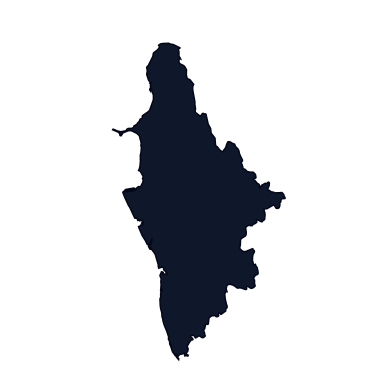 an SVG outline of Tamil Nadu, rotated 156°
{"feature_id": "IND-3263", "entity_name": "Tamil Nadu", "entity_type": "State", "adm_level": 1, "iso_a3": "IND", "parent_name": "India", "parent_adm1": "", "projection": "equal_earth", "projection_center": [78.435, 10.806], "detail": "fine", "context": "isolated", "style": "filled", "palette": "ink", "viewbox_px": 384, "rotation_deg": 156, "n_neighbors": 0, "source": "natural_earth", "source_scale": "10m", "svg_char_len": 6034}
<svg xmlns="http://www.w3.org/2000/svg" viewBox="0 0 384 384"><g transform="rotate(156 192 192)"><path d="M254.9,191.4L255.1,203.2L255.5,205.4L255.6,214.8L255.4,219.4L255.2,220.0L252.9,220.7L252.2,220.4L252.3,219.3L251.3,218.6L246.3,217.5L245.9,217.8L245.6,218.6L247.5,218.7L249.2,219.7L251.4,220.0L252.0,220.5L252.0,221.2L251.5,221.3L243.3,219.2L243.1,218.4L245.2,217.5L245.3,217.1L244.5,216.7L243.7,217.1L242.1,217.0L242.3,217.8L239.3,218.6L238.4,218.6L236.9,217.7L233.1,220.8L231.8,222.6L231.7,224.6L230.8,225.1L230.3,226.3L230.7,230.8L231.1,232.4L232.1,233.4L230.5,234.8L228.9,237.0L226.5,241.3L225.7,243.5L224.9,244.8L224.6,246.1L222.4,249.1L220.0,253.5L219.9,255.1L218.7,257.0L218.1,259.2L217.8,261.8L217.3,264.0L217.4,265.1L218.1,267.1L219.2,268.8L222.4,272.6L223.9,273.4L225.5,273.9L231.0,274.1L233.8,272.2L234.6,272.6L234.8,273.1L234.3,274.6L235.1,276.7L239.2,281.1L238.6,281.5L238.0,281.1L235.4,278.2L232.7,276.1L227.5,274.8L226.1,275.8L224.4,276.0L221.9,274.9L220.4,274.6L219.1,274.8L218.0,276.0L216.6,276.0L214.5,276.5L213.4,277.3L211.8,277.8L209.8,279.6L207.8,279.7L207.1,280.1L206.6,281.5L206.1,281.9L200.1,283.0L198.6,283.4L197.1,284.3L190.1,291.6L189.2,293.1L187.8,296.5L187.5,301.0L187.0,303.2L187.5,302.6L188.5,302.3L188.9,301.3L189.1,302.5L188.7,303.2L187.3,304.3L186.7,306.2L186.1,307.2L185.9,307.7L186.2,308.4L185.0,308.4L185.9,310.1L186.2,311.9L185.6,317.6L185.0,318.8L183.6,320.7L182.7,324.4L180.4,325.4L172.6,331.8L171.0,334.3L170.4,334.8L166.0,335.8L164.0,336.7L162.6,338.0L162.8,339.7L160.6,340.1L158.1,339.5L152.7,337.3L151.5,335.9L149.0,334.2L144.4,328.7L144.8,328.2L145.8,328.3L146.5,327.8L146.9,325.3L148.7,321.4L148.3,319.4L148.3,318.1L149.0,318.8L149.8,318.3L150.6,317.2L151.2,315.6L150.8,314.0L148.2,310.9L147.6,309.4L147.3,305.9L149.5,301.5L150.2,297.9L149.8,297.1L148.2,295.5L146.7,289.7L148.5,287.9L149.3,286.3L150.3,283.1L152.6,273.4L153.7,271.0L155.0,266.4L156.3,264.7L156.4,263.3L156.1,262.6L153.8,258.2L152.5,258.3L150.7,259.4L149.9,259.4L149.1,258.4L147.8,257.8L147.6,257.3L149.6,247.4L149.2,242.3L150.6,238.0L149.1,231.8L151.2,225.9L151.4,224.4L150.4,222.8L149.8,219.9L148.6,217.2L147.8,216.3L143.1,218.9L140.9,221.5L138.9,223.2L138.4,223.2L136.9,222.4L135.3,220.1L133.7,218.5L133.6,215.1L132.7,213.4L132.4,211.6L132.5,209.9L133.0,208.3L133.1,205.4L132.9,201.0L133.2,199.9L134.6,199.3L135.1,198.5L135.2,195.7L135.7,193.0L135.4,192.1L134.3,191.1L133.2,188.2L130.8,186.5L128.2,185.3L127.2,183.4L127.0,181.7L127.6,179.3L128.4,178.8L129.9,179.5L130.6,179.1L130.8,178.6L129.9,177.2L128.9,173.6L127.6,171.6L128.1,169.5L128.2,168.2L125.7,169.8L121.7,170.2L119.9,169.4L118.7,169.9L118.0,169.9L117.7,169.5L117.8,168.4L119.0,166.4L121.4,164.1L121.8,162.7L120.7,162.0L119.5,159.8L118.0,159.0L116.4,157.4L112.0,155.6L110.3,155.1L109.7,154.2L109.2,152.4L109.5,150.7L109.3,149.3L109.6,148.3L110.7,148.5L112.0,149.2L113.6,149.0L115.0,146.8L116.7,145.9L116.7,144.9L117.7,143.3L118.7,142.3L119.4,142.1L120.2,142.1L121.4,142.6L121.9,143.3L122.1,146.1L122.8,146.7L124.3,146.9L130.2,146.2L133.0,147.2L133.5,146.3L134.0,142.9L134.9,140.7L136.9,137.3L139.0,136.9L140.1,136.3L140.7,136.5L143.6,140.0L144.1,140.4L144.6,140.3L145.1,138.1L145.5,137.9L147.2,137.5L149.1,137.6L150.7,136.8L152.2,137.4L153.9,138.6L156.7,138.2L157.7,137.1L158.8,133.2L160.0,130.9L161.1,130.1L166.1,129.4L167.2,128.4L169.5,123.7L170.8,122.1L171.1,121.4L171.2,120.4L169.9,117.4L168.4,116.2L167.1,115.8L159.7,115.6L159.5,115.3L159.6,114.3L159.4,113.8L159.0,113.4L159.0,112.7L159.6,111.6L161.6,110.2L162.8,108.5L164.6,104.9L165.2,100.9L164.8,100.1L163.5,100.1L163.7,98.3L163.2,96.6L163.9,93.1L164.8,90.5L166.1,90.0L168.0,90.2L171.1,88.0L170.7,86.1L172.1,83.0L172.5,80.5L174.3,79.7L176.7,79.7L177.6,80.3L179.1,82.7L180.0,83.3L180.8,83.0L181.7,81.0L182.8,81.1L185.9,84.1L187.1,84.9L189.7,85.8L191.5,89.1L192.5,90.3L194.7,92.2L196.1,92.6L197.6,92.6L198.5,92.0L200.2,89.6L200.6,86.6L201.6,87.1L202.0,87.0L203.7,85.2L205.1,80.9L206.0,76.4L206.4,73.2L207.1,72.0L208.8,71.4L209.6,69.6L215.0,68.4L215.5,68.7L216.0,70.5L216.7,70.7L217.6,69.8L217.9,68.1L219.1,67.7L220.6,68.2L221.2,69.8L222.5,70.1L223.8,70.8L227.2,70.3L227.9,69.7L230.8,64.8L231.8,64.8L232.5,65.6L233.3,65.6L235.9,62.1L237.6,60.9L237.8,60.2L237.8,58.3L238.2,57.2L238.4,55.4L238.7,54.9L239.4,54.6L241.0,54.4L242.1,54.9L244.0,57.8L248.0,57.2L248.3,57.5L248.4,59.3L248.7,60.0L249.6,60.7L251.8,60.8L252.2,60.7L252.4,59.7L251.0,58.2L251.1,56.9L251.4,56.7L252.7,57.0L253.5,56.8L255.7,55.6L259.1,53.0L259.4,52.3L259.2,50.8L259.6,49.7L260.8,48.1L262.5,47.3L263.0,46.6L262.9,45.9L261.9,44.5L262.2,43.9L262.7,43.9L264.2,45.1L265.2,45.1L265.2,45.8L264.7,47.4L264.9,48.0L266.9,48.0L268.9,48.5L269.9,48.4L271.5,47.5L271.3,48.4L273.1,50.5L273.4,49.7L273.9,49.5L274.8,53.9L274.2,59.6L273.7,59.3L273.4,61.2L274.2,60.8L274.2,62.1L273.2,64.9L273.4,67.1L272.3,69.1L271.7,75.1L271.5,81.7L271.0,85.6L270.3,88.4L270.1,90.3L268.8,93.7L268.1,98.0L267.2,101.2L264.8,107.3L263.3,108.8L262.0,111.9L261.2,113.0L259.0,114.4L258.7,115.1L259.1,115.3L261.2,113.8L258.0,119.8L256.8,123.1L255.7,124.8L255.4,125.7L255.4,128.1L254.9,129.3L254.0,129.7L252.6,131.4L252.0,131.5L251.0,130.2L251.8,129.0L251.7,128.1L249.8,128.2L248.6,126.8L248.0,127.5L247.7,128.2L248.5,129.4L248.7,130.9L249.3,131.5L249.4,132.5L248.9,134.0L249.0,134.6L250.2,135.6L253.4,135.9L253.1,137.9L252.7,138.4L252.4,139.4L251.0,149.8L251.3,152.0L252.2,155.9L252.4,158.0L252.7,158.0L252.9,157.5L252.7,156.5L253.4,156.6L253.7,157.0L253.9,159.9L253.8,160.4L253.4,160.5L251.7,160.4L251.0,160.8L248.3,164.1L248.0,165.0L248.8,164.6L251.1,162.6L251.3,161.6L252.0,161.4L254.2,162.3L254.4,166.8L255.2,172.4L255.1,180.7L254.9,182.2L253.3,181.9L252.4,182.7L250.5,181.8L250.2,182.0L250.1,182.4L250.6,182.8L250.8,184.0L250.3,184.3L249.8,183.7L249.2,183.7L249.2,184.1L249.7,184.6L249.2,185.3L249.2,185.9L249.9,186.5L250.6,186.7L251.0,187.4L251.7,187.1L252.0,188.0L253.1,188.1L252.8,189.5L252.9,190.0L253.6,190.5L253.6,190.9L254.9,191.4ZM272.4,44.3L273.2,46.9L273.4,49.0L273.1,49.0L271.9,45.1L272.4,44.3Z" fill="#0f172a" stroke="#020617" stroke-width="1.5"/></g></svg>